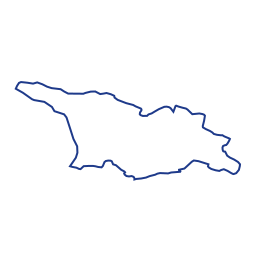 an SVG outline of Georgia, rotated 356°
{"feature_id": "GEO", "entity_name": "Georgia", "entity_type": "country or territory", "adm_level": 0, "iso_a3": "GEO", "parent_name": "Asia", "parent_adm1": "", "projection": "equal_earth", "projection_center": [43.852, 42.32], "detail": "fine", "context": "isolated", "style": "outline", "palette": "blue", "viewbox_px": 256, "rotation_deg": 356, "n_neighbors": 0, "source": "natural_earth", "source_scale": "50m", "svg_char_len": 2062}
<svg xmlns="http://www.w3.org/2000/svg" viewBox="0 0 256 256"><g transform="rotate(356 128 128)"><path d="M130.8,179.8L130.9,178.9L130.6,177.7L129.6,176.8L128.2,176.2L125.6,176.4L123.1,175.8L121.4,174.2L121.0,173.0L122.0,172.0L121.3,171.1L118.3,169.2L113.4,164.3L110.6,163.2L109.5,160.1L108.4,159.4L106.0,159.1L103.5,159.4L103.0,159.8L102.2,160.3L100.3,164.1L98.9,165.4L95.5,164.8L92.8,163.9L90.5,163.4L86.1,163.1L81.1,163.0L77.8,165.7L76.3,165.4L73.8,164.0L69.7,162.9L67.5,162.1L73.9,154.0L75.8,149.2L75.9,146.3L76.0,142.7L72.8,135.1L70.2,124.4L67.4,113.2L65.2,109.9L55.8,106.1L53.6,101.7L46.4,96.1L36.3,93.6L34.3,92.6L25.6,85.5L18.8,81.0L20.3,78.2L22.4,75.4L24.5,74.7L30.7,75.8L36.4,77.1L40.6,76.2L45.6,78.4L50.1,81.1L54.6,82.9L63.5,84.6L66.8,87.1L70.7,89.5L85.9,90.7L87.1,90.3L88.2,90.0L93.4,89.1L97.9,89.3L102.6,92.2L105.7,92.0L109.0,91.6L113.2,93.1L116.5,94.9L116.7,96.7L119.6,99.2L128.0,103.1L134.8,105.4L137.0,106.9L142.2,109.5L142.7,110.3L142.6,111.4L141.1,113.3L140.7,115.0L141.4,116.0L143.6,117.0L147.9,117.2L149.4,115.9L152.6,115.1L155.7,113.5L160.0,111.4L165.7,109.4L168.0,109.4L170.2,110.0L171.8,111.1L174.4,115.0L176.9,109.5L177.6,109.1L180.0,110.2L184.2,111.7L187.1,112.6L188.6,113.7L193.1,118.7L200.2,118.5L203.3,119.3L204.9,120.1L205.6,121.1L204.4,126.1L202.7,131.3L202.8,132.6L205.7,134.6L209.6,136.7L211.8,138.3L213.2,139.9L216.3,141.0L220.0,141.7L221.7,141.8L223.5,143.1L228.3,145.5L228.9,146.0L228.1,147.6L226.2,150.4L224.8,151.8L223.1,152.0L221.5,152.7L220.9,154.1L220.9,156.1L221.2,157.5L221.6,158.0L223.3,158.4L225.0,162.5L227.6,164.6L231.7,166.9L235.4,169.6L237.2,172.0L236.9,173.8L235.7,177.5L232.8,180.6L230.2,181.3L229.4,181.1L227.7,180.1L224.3,177.7L220.7,175.8L218.0,176.4L216.1,177.2L212.5,176.3L208.3,174.7L206.0,173.1L205.1,171.9L205.7,169.8L196.0,166.0L191.4,165.0L189.3,166.1L182.2,171.8L181.4,172.4L176.0,173.2L176.0,173.7L177.2,174.9L177.0,175.3L167.9,175.4L164.9,176.1L156.8,175.2L154.1,175.6L151.8,176.5L146.3,177.5L142.5,178.7L137.6,179.3L132.6,179.4L130.8,179.8Z" fill="none" stroke="#1e3a8a" stroke-width="2"/></g></svg>